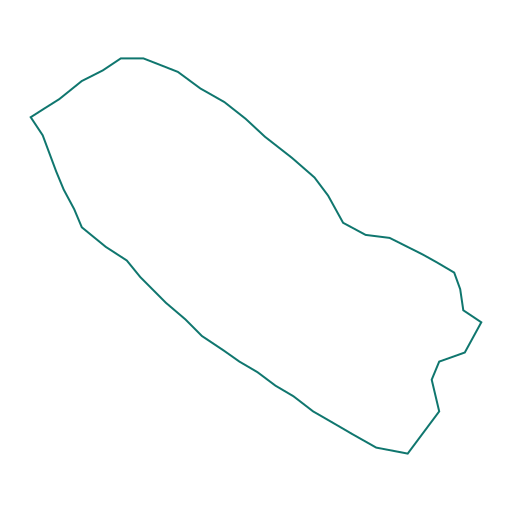 outline of Vitsada, Cyprus
{"feature_id": "46923920B87437157702699", "entity_name": "Vitsada", "entity_type": "district", "adm_level": 2, "iso_a3": "CYP", "parent_name": "Cyprus", "parent_adm1": "", "projection": "albers", "projection_center": [33.652, 35.236], "detail": "fine", "context": "isolated", "style": "outline", "palette": "teal", "viewbox_px": 512, "rotation_deg": 0, "n_neighbors": 0, "source": "geoboundaries", "source_scale": "gbopen_adm2", "svg_char_len": 711}
<svg xmlns="http://www.w3.org/2000/svg" viewBox="0 0 512 512"><path d="M422.7,254.5L389.6,237.9L365.6,234.9L343.1,222.8L328.1,195.6L314.5,177.5L292.0,157.9L265.0,136.8L245.5,118.7L224.4,102.1L200.4,88.5L177.9,71.9L143.4,58.4L120.8,58.4L102.8,70.4L81.8,81.0L59.3,99.1L44.2,108.6L30.7,117.2L42.7,135.3L56.2,171.5L63.7,189.6L74.2,209.2L81.8,227.3L105.8,246.9L126.8,260.5L140.3,277.1L165.9,302.8L185.4,319.4L201.9,336.0L224.4,351.0L239.4,361.6L257.5,372.2L275.5,385.7L293.5,396.3L313.1,411.4L334.1,423.5L352.1,434.0L376.2,447.6L407.7,453.6L439.2,411.4L431.7,379.7L439.2,361.6L464.8,352.5L481.3,322.3L463.3,310.3L460.2,289.2L454.2,272.6L436.2,262.0L422.7,254.5Z" fill="none" stroke="#0f766e" stroke-width="2"/></svg>